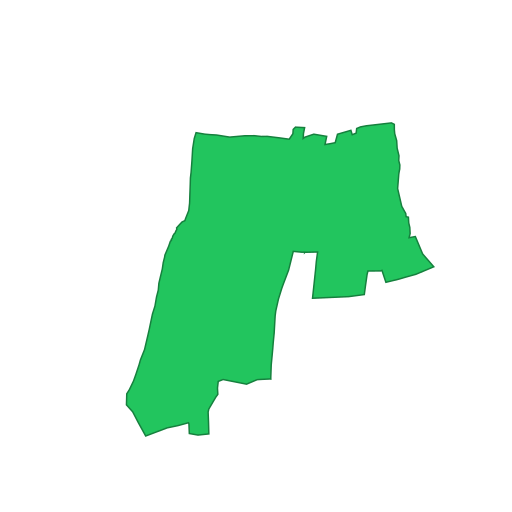 Nukunuku, Tongatapu, Tonga (Equal Earth projection), rotated 63°
{"feature_id": "48082658B69213589871259", "entity_name": "Nukunuku", "entity_type": "district", "adm_level": 2, "iso_a3": "TON", "parent_name": "Tonga", "parent_adm1": "Tongatapu", "projection": "equal_earth", "projection_center": [-175.292, -21.16], "detail": "fine", "context": "isolated", "style": "filled", "palette": "green", "viewbox_px": 512, "rotation_deg": 63, "n_neighbors": 0, "source": "geoboundaries", "source_scale": "gbopen_adm2", "svg_char_len": 2134}
<svg xmlns="http://www.w3.org/2000/svg" viewBox="0 0 512 512"><g transform="rotate(63 256 256)"><path d="M346.3,102.5L329.8,106.6L311.0,105.2L309.2,111.3L306.0,108.5L300.4,106.0L295.9,104.9L290.6,102.6L289.1,104.4L286.1,103.3L278.0,103.6L276.7,103.3L260.2,99.2L250.3,93.1L248.0,91.7L246.2,90.4L243.8,88.5L240.2,86.5L235.8,85.5L231.6,83.1L224.0,81.3L217.1,78.3L210.1,76.9L206.3,75.4L201.5,73.0L198.9,74.9L191.0,96.1L190.1,98.5L188.4,104.3L188.1,108.4L192.0,111.0L191.6,115.2L187.1,114.4L184.5,128.1L191.0,134.0L189.5,139.3L188.0,143.9L181.5,138.7L173.7,149.2L172.3,158.5L172.7,160.6L168.4,158.1L163.7,154.4L159.3,162.0L159.1,162.3L160.1,165.4L163.8,167.6L167.0,173.4L161.3,181.6L154.5,191.7L151.9,197.0L148.1,202.8L143.7,211.6L138.1,225.5L130.3,236.2L127.2,241.5L124.2,246.3L118.9,253.4L123.2,257.6L131.6,263.7L142.5,270.1L152.2,276.0L156.7,279.0L162.2,282.0L178.8,291.2L185.0,295.3L190.8,301.9L192.2,303.3L192.1,306.5L193.3,309.8L194.9,314.0L196.3,314.4L196.9,315.4L197.7,316.5L198.7,317.5L199.1,318.9L200.5,321.1L202.3,322.7L202.6,323.7L203.2,324.3L203.8,324.4L203.9,325.4L204.2,325.8L207.6,329.3L209.7,331.8L213.8,336.7L215.6,338.0L219.7,341.6L225.2,345.5L230.9,350.4L236.2,354.9L242.1,358.6L247.3,363.2L254.8,368.8L260.7,374.6L266.9,379.6L272.9,384.4L278.5,389.1L288.8,397.8L296.0,406.0L299.9,409.6L306.0,415.8L306.8,416.6L311.8,421.9L317.6,429.5L320.1,433.7L329.8,439.0L338.9,436.6L350.8,436.5L366.3,436.0L368.8,413.2L371.7,402.5L373.9,391.9L375.2,392.0L383.9,396.0L389.2,389.0L393.1,378.8L382.6,373.8L373.3,369.5L370.9,367.5L363.5,355.9L361.9,352.8L356.2,350.3L350.6,346.6L351.1,341.4L365.9,322.6L366.7,311.1L368.3,307.4L371.9,299.4L372.4,298.7L370.6,297.8L360.0,291.9L352.6,287.2L345.8,282.9L341.2,280.1L332.9,274.8L318.0,266.1L313.9,263.3L304.5,255.5L296.3,247.5L293.3,244.3L288.4,238.9L283.3,233.3L268.8,220.7L273.5,213.3L274.7,210.8L275.0,211.0L274.9,210.7L280.4,199.3L288.2,204.7L295.2,209.1L319.3,224.8L334.3,191.8L337.2,183.6L339.5,177.0L331.4,171.4L323.0,165.5L320.2,163.1L325.9,151.6L326.0,150.3L338.4,152.2L341.5,139.1L342.7,132.6L344.9,121.7L346.3,102.5Z" fill="#22c55e" stroke="#15803d" stroke-width="1.5"/></g></svg>